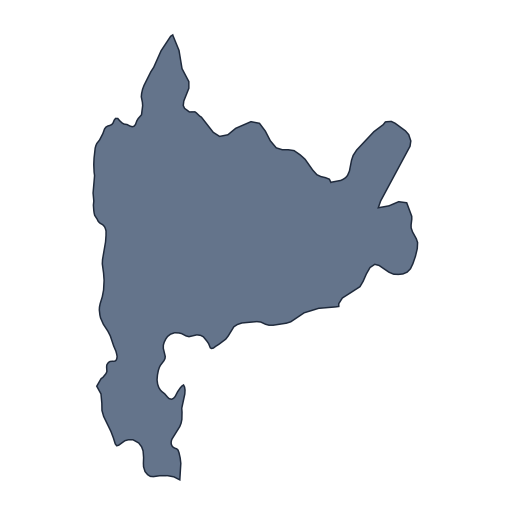 SVG path tracing the border of Loja, rotated 179°
{"feature_id": "ECU-1268", "entity_name": "Loja", "entity_type": "Province", "adm_level": 1, "iso_a3": "ECU", "parent_name": "Ecuador", "parent_adm1": "", "projection": "equal_earth", "projection_center": [-79.576, -4.049], "detail": "fine", "context": "isolated", "style": "filled", "palette": "slate", "viewbox_px": 512, "rotation_deg": 179, "n_neighbors": 0, "source": "natural_earth", "source_scale": "10m", "svg_char_len": 3471}
<svg xmlns="http://www.w3.org/2000/svg" viewBox="0 0 512 512"><g transform="rotate(179 256 256)"><path d="M137.4,245.6L142.2,242.5L146.0,236.1L149.3,228.9L152.6,223.5L170.4,212.5L174.1,206.9L174.1,204.1L177.5,203.7L194.3,202.6L208.8,198.4L222.4,189.6L226.8,188.3L240.1,186.5L244.3,186.6L247.7,187.6L252.4,189.9L256.3,190.4L271.2,189.3L275.9,187.8L279.4,185.6L285.2,176.5L287.7,173.4L294.6,168.4L297.9,166.4L300.2,164.7L302.1,164.3L303.3,165.0L304.9,169.2L306.4,171.5L310.0,176.1L312.7,177.6L316.5,178.2L324.4,176.5L327.3,177.3L331.7,179.7L334.4,180.4L338.7,180.7L342.9,179.3L345.8,177.1L347.6,174.7L349.3,171.4L350.2,168.5L350.3,165.3L348.5,157.1L348.8,155.0L349.9,152.9L353.4,148.5L354.5,146.5L355.6,143.4L356.6,138.8L357.1,133.9L356.6,129.6L355.5,126.2L354.0,123.7L352.5,122.1L349.7,119.8L347.0,116.5L345.5,115.0L342.9,114.2L340.9,115.2L339.3,116.9L336.7,121.7L333.9,125.6L332.2,127.4L330.7,128.3L329.7,126.2L329.3,123.2L329.6,119.2L332.9,105.1L332.7,101.0L333.0,93.8L333.8,90.2L335.2,86.8L343.1,74.6L343.8,72.9L344.1,71.0L344.0,69.3L343.2,67.4L342.0,66.1L340.4,65.2L338.7,64.6L337.4,63.4L336.4,60.6L335.3,55.2L334.8,49.9L336.1,33.5L341.9,36.6L348.1,37.9L356.1,38.0L362.4,37.2L365.5,37.5L368.2,39.3L370.7,42.4L372.1,47.2L372.2,50.6L371.9,56.4L372.3,63.1L373.7,67.2L376.5,71.1L382.2,74.4L386.8,74.5L390.3,73.6L396.6,69.2L398.6,68.7L400.0,70.6L401.8,76.7L404.1,83.1L411.1,98.2L412.7,104.2L412.7,111.4L413.4,120.8L417.5,128.6L413.0,136.1L411.2,137.3L408.0,141.1L407.1,143.1L407.3,147.6L407.1,149.6L406.0,151.4L405.0,152.4L403.7,153.1L401.3,153.3L400.1,153.2L398.8,153.4L397.7,154.2L397.0,155.7L396.6,157.9L397.1,160.7L397.7,163.2L399.9,168.6L403.1,178.7L405.4,183.4L409.8,190.4L412.5,196.8L413.1,199.7L413.6,204.8L413.4,207.7L412.6,211.2L410.4,217.9L409.0,224.6L408.3,234.3L408.7,241.5L409.8,250.8L409.5,255.2L406.2,272.6L405.6,279.1L405.5,283.7L406.1,285.9L406.7,287.5L407.4,288.5L408.1,289.3L408.9,290.1L411.2,291.4L412.3,292.4L413.4,293.8L414.0,295.3L416.6,299.5L417.1,301.9L417.4,304.4L417.7,309.7L417.2,313.7L417.8,321.8L416.0,339.2L416.4,342.7L416.6,350.3L416.2,356.7L414.9,366.7L414.2,369.1L413.2,371.3L410.4,374.7L407.0,381.0L405.2,385.7L403.8,387.5L401.8,388.6L399.8,389.1L397.9,390.0L396.6,391.5L395.4,394.3L394.0,396.0L391.8,395.9L389.9,393.6L387.5,391.3L385.6,390.2L382.6,389.7L379.9,388.2L377.5,387.4L375.8,387.8L374.2,389.6L372.8,393.2L371.4,395.5L368.0,399.2L366.7,408.3L366.9,411.7L367.9,417.2L367.5,420.6L366.5,424.7L365.0,428.5L357.9,442.1L355.0,446.4L347.3,462.9L337.5,477.2L335.4,478.5L335.3,478.1L329.4,462.9L326.7,444.6L320.1,431.5L320.2,424.9L325.5,412.2L326.1,407.7L324.8,404.8L320.1,401.2L314.6,401.2L313.2,400.2L309.9,396.9L308.2,395.8L296.6,380.4L290.3,376.2L282.0,377.7L274.1,384.0L258.7,390.4L250.2,388.6L244.5,380.7L239.7,371.0L233.9,363.8L227.9,361.8L222.0,361.7L216.1,360.7L209.9,356.2L205.2,351.8L197.8,340.9L193.7,336.2L189.8,334.3L185.1,333.1L181.3,331.5L179.8,328.2L179.2,328.5L169.8,330.1L167.3,331.3L165.0,332.8L163.1,334.9L161.1,339.3L158.8,350.1L157.1,354.9L153.5,360.2L135.9,378.3L126.5,385.1L124.3,387.8L122.5,388.0L118.4,388.2L114.6,386.3L104.4,378.5L101.2,374.7L99.2,368.3L100.1,363.0L130.4,308.9L132.9,302.1L122.3,303.8L112.4,307.8L104.4,306.6L99.6,293.0L99.6,290.1L100.4,284.3L100.4,281.4L99.1,277.4L95.4,270.4L94.2,266.6L94.6,260.9L94.6,260.7L96.6,252.9L99.3,245.5L101.8,240.5L105.2,237.2L109.4,235.5L114.0,235.1L118.7,235.4L123.4,237.5L133.1,244.4L137.4,245.6Z" fill="#64748b" stroke="#1e293b" stroke-width="1.5"/></g></svg>